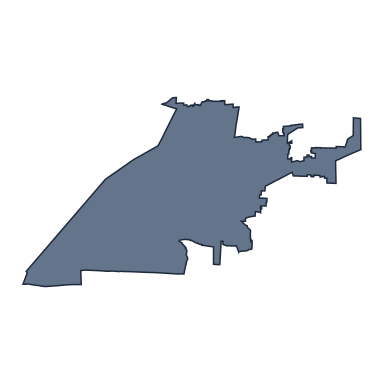 outline of Calimaya, México, Mexico
{"feature_id": "50627088B64633993276422", "entity_name": "Calimaya", "entity_type": "district", "adm_level": 2, "iso_a3": "MEX", "parent_name": "Mexico", "parent_adm1": "México", "projection": "orthographic", "projection_center": [-99.619, 19.169], "detail": "fine", "context": "isolated", "style": "filled", "palette": "slate", "viewbox_px": 384, "rotation_deg": 0, "n_neighbors": 0, "source": "geoboundaries", "source_scale": "gbopen_adm2", "svg_char_len": 5844}
<svg xmlns="http://www.w3.org/2000/svg" viewBox="0 0 384 384"><path d="M239.1,107.0L236.0,107.0L236.0,107.3L233.2,107.5L233.1,104.1L225.0,104.7L224.7,100.8L224.7,100.7L222.8,100.7L222.8,101.4L222.1,101.4L222.1,100.7L220.5,100.8L220.5,101.3L216.0,101.3L212.8,101.2L211.7,101.2L211.6,100.8L210.3,100.8L208.8,100.8L208.7,99.6L207.0,99.5L207.0,100.9L205.4,100.9L205.4,101.6L202.2,101.8L201.2,103.5L200.9,104.4L200.6,105.4L198.9,105.5L198.8,104.6L195.1,104.8L195.0,104.1L194.9,103.3L194.4,103.8L194.2,104.7L193.2,106.0L193.0,106.4L192.6,106.4L192.6,105.1L190.8,105.2L190.8,105.7L189.2,106.0L189.2,106.5L187.3,106.7L186.8,104.9L183.9,105.2L183.7,103.1L180.8,103.1L179.0,103.2L176.1,103.4L176.1,101.4L176.4,97.5L173.0,97.7L172.4,98.0L171.2,98.8L168.2,101.6L167.0,102.2L166.7,102.8L165.6,103.2L164.8,103.2L164.5,103.4L163.9,103.6L163.0,103.6L162.5,103.8L162.0,104.2L163.0,104.6L166.5,105.5L168.5,106.3L171.5,107.3L176.7,108.9L172.9,116.3L166.5,129.1L161.6,139.1L158.0,145.8L145.7,152.8L133.6,159.6L105.5,179.2L26.2,271.4L27.2,272.8L23.0,284.2L24.6,284.3L26.0,284.2L27.8,284.0L29.5,284.2L30.9,284.5L36.4,285.4L38.1,285.5L39.4,285.7L41.3,286.1L42.9,286.3L44.8,286.5L46.1,286.5L54.8,285.9L57.7,285.7L62.5,285.2L66.5,284.9L70.3,284.7L73.2,284.5L74.4,284.6L76.4,284.6L81.3,284.5L80.9,275.1L80.8,270.5L84.0,270.2L85.2,270.1L87.5,270.2L99.7,270.7L107.4,271.3L111.3,271.1L112.0,271.0L119.0,271.6L120.4,271.3L123.3,271.5L131.5,271.7L140.4,272.1L157.0,272.7L177.8,274.0L182.5,273.9L183.9,274.0L184.3,272.5L184.4,272.0L184.4,271.7L184.6,270.1L185.2,268.2L185.5,265.8L185.7,265.3L186.2,264.4L186.4,262.2L186.6,261.4L186.7,261.1L186.8,260.8L187.2,260.2L187.6,259.3L187.7,258.4L187.6,257.7L187.2,256.9L186.5,255.3L186.1,254.5L186.6,253.5L186.7,251.8L186.8,251.2L186.9,250.4L185.5,248.3L186.0,248.2L185.9,247.7L184.8,246.5L182.4,243.8L181.9,242.7L179.2,241.3L179.3,240.6L180.2,240.1L182.3,239.7L184.9,239.4L185.2,239.3L185.5,239.3L185.8,239.5L186.2,239.5L187.3,239.5L187.6,239.6L188.8,239.8L189.2,239.7L189.4,239.7L189.5,239.6L189.7,239.9L190.0,240.2L190.3,240.4L190.5,240.5L191.0,240.5L191.3,240.3L191.5,240.3L191.9,240.7L192.0,240.8L192.4,241.0L193.0,241.2L193.2,241.3L193.5,241.5L193.9,241.8L194.1,241.9L194.8,242.3L195.2,242.5L196.0,242.9L196.2,243.0L196.7,243.1L196.9,243.1L197.2,242.9L197.3,242.9L197.5,243.1L197.9,243.4L198.0,243.5L198.3,243.7L198.3,243.8L199.3,244.2L199.5,244.2L199.8,244.1L200.0,244.1L200.4,244.2L200.8,244.3L201.0,244.4L201.1,244.5L201.3,244.6L201.6,244.8L201.8,244.7L201.9,244.8L202.0,244.8L201.8,245.2L213.5,246.9L213.5,258.9L213.5,261.0L213.5,264.3L215.9,264.5L219.8,264.6L220.0,261.3L221.0,244.0L221.1,241.2L221.3,241.2L223.0,241.4L222.8,244.1L223.5,244.7L223.8,244.7L224.5,245.0L225.0,245.1L225.4,245.4L226.1,245.7L227.4,245.7L228.2,245.9L228.5,245.9L229.0,245.8L229.7,245.8L230.4,245.8L230.7,245.8L231.0,245.9L231.6,246.1L232.0,246.0L232.8,246.0L233.6,245.8L234.2,245.8L234.7,246.0L235.1,246.0L235.5,245.8L235.9,246.1L236.5,246.1L238.7,252.1L238.8,251.8L239.0,251.8L239.5,251.6L240.5,251.4L241.9,251.2L243.5,251.0L245.9,250.9L246.9,250.7L247.7,250.5L248.3,250.0L249.0,249.5L250.2,249.5L250.9,249.3L251.7,249.1L251.9,248.8L251.8,248.2L251.8,247.8L251.9,247.3L252.1,246.8L252.0,245.8L252.1,244.4L252.2,242.3L252.0,240.8L252.0,240.7L251.5,240.9L250.9,241.4L250.9,239.1L250.4,239.1L250.4,233.7L250.5,230.8L250.5,230.3L248.8,228.6L247.5,227.6L247.2,225.7L246.8,225.5L245.8,225.3L245.3,225.0L243.5,223.3L242.4,222.1L241.4,221.1L241.8,221.1L242.7,221.3L243.7,221.3L244.6,221.3L245.5,221.2L245.4,218.3L245.5,218.1L246.0,218.1L248.8,217.1L250.6,216.6L251.6,216.5L252.4,216.5L253.3,216.2L254.6,216.0L255.1,216.1L255.4,211.7L256.0,211.7L256.3,211.8L257.1,211.7L257.4,211.9L258.1,212.1L259.6,212.1L260.0,212.5L260.6,212.8L260.7,208.8L261.7,208.8L261.7,207.7L260.5,207.7L260.5,206.0L266.1,206.0L266.1,202.3L266.7,202.3L266.8,202.2L267.0,198.4L264.0,198.2L259.4,198.1L259.6,194.9L261.1,194.9L261.3,190.9L264.9,190.9L265.3,186.2L268.9,184.4L271.8,182.9L276.0,180.6L279.3,179.0L292.0,172.3L293.4,175.9L297.8,176.0L298.4,176.1L307.2,176.3L307.4,174.7L310.8,174.9L310.8,176.1L311.7,176.1L311.7,176.8L313.6,176.8L313.6,175.6L314.2,175.6L314.2,175.0L315.8,175.1L315.8,175.4L319.8,175.4L320.0,175.7L320.0,177.0L322.2,176.8L322.2,176.5L323.3,176.5L324.5,176.4L324.6,178.2L326.8,178.2L326.9,183.0L336.0,183.4L335.9,176.6L335.6,163.7L335.7,160.7L339.3,159.2L347.0,155.5L361.0,149.6L360.8,149.1L360.6,124.1L360.5,118.5L353.4,117.8L353.2,135.6L348.0,138.9L347.6,139.2L345.3,146.9L336.2,146.5L336.2,148.1L320.6,147.9L320.6,147.7L318.5,147.6L315.8,147.6L315.8,147.9L311.5,147.9L311.5,149.9L311.2,149.9L311.2,150.8L310.9,150.8L310.9,151.8L311.6,151.7L311.5,153.0L315.3,153.5L315.2,158.0L311.5,158.1L311.6,156.5L309.0,156.5L309.0,155.0L307.4,155.0L307.4,155.3L307.0,155.3L307.0,157.1L304.0,157.2L303.9,160.8L303.7,160.9L303.3,160.8L303.0,160.9L302.7,161.0L302.4,161.1L301.4,161.3L300.7,161.5L299.6,161.6L298.6,161.1L298.2,161.0L298.0,160.8L297.7,160.7L297.3,160.7L295.5,161.1L291.7,162.1L291.7,157.7L290.8,157.8L290.8,159.6L290.3,159.7L290.2,158.9L287.8,158.9L287.8,154.1L288.8,154.0L288.8,150.4L289.3,150.4L289.3,148.6L290.2,148.6L290.1,145.8L289.4,145.8L289.3,143.4L291.8,143.2L291.7,140.8L287.3,143.3L287.6,135.0L287.8,135.0L288.2,134.0L297.9,127.9L302.8,127.6L302.6,124.1L298.5,124.4L294.8,124.9L292.8,125.2L290.5,125.4L290.5,126.0L283.4,126.4L283.5,128.7L282.8,128.7L282.8,131.3L282.9,132.5L283.7,132.5L283.7,134.0L284.1,134.0L284.1,135.7L278.9,135.7L277.7,132.2L275.7,132.5L275.6,132.9L272.6,133.0L272.7,134.3L271.1,134.4L270.9,135.5L269.7,135.6L269.8,136.7L268.0,136.7L268.2,139.9L262.0,140.1L261.7,141.8L257.2,142.0L257.2,141.8L255.7,141.8L255.7,139.0L252.0,139.2L251.6,138.9L249.2,137.7L245.8,137.4L244.1,137.5L241.5,136.4L234.4,137.4L235.1,133.6L236.0,125.5L236.7,121.9L238.6,110.1L239.1,107.0Z" fill="#64748b" stroke="#1e293b" stroke-width="1.5"/></svg>